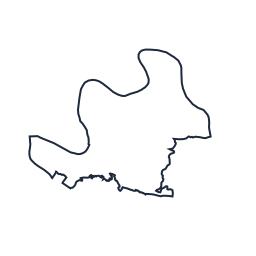 Ceatalchioi, Tulcea, Romania, rotated 35°
{"feature_id": "2599482B17078963684272", "entity_name": "Ceatalchioi", "entity_type": "district", "adm_level": 2, "iso_a3": "ROU", "parent_name": "Romania", "parent_adm1": "Tulcea", "projection": "mercator", "projection_center": [28.823, 45.276], "detail": "fine", "context": "isolated", "style": "outline", "palette": "slate", "viewbox_px": 256, "rotation_deg": 35, "n_neighbors": 0, "source": "geoboundaries", "source_scale": "gbopen_adm2", "svg_char_len": 5799}
<svg xmlns="http://www.w3.org/2000/svg" viewBox="0 0 256 256"><g transform="rotate(35 128 128)"><path d="M200.6,87.6L194.3,81.4L191.0,76.4L188.0,73.0L185.5,71.5L184.1,71.1L179.5,69.9L173.9,71.3L167.4,71.4L157.7,68.9L150.5,64.2L146.2,60.2L140.7,53.0L137.1,48.0L135.5,46.5L130.6,43.9L124.4,43.5L123.3,43.7L116.1,44.0L107.7,47.2L102.0,50.6L97.9,53.3L96.5,54.6L95.0,56.5L94.2,58.8L94.5,61.7L96.5,64.6L100.5,67.1L105.8,69.1L110.4,71.4L116.7,75.9L118.4,78.3L119.0,79.7L119.1,81.5L118.7,84.7L117.1,88.9L115.0,92.8L110.3,98.7L107.2,103.5L104.3,105.3L100.3,106.4L95.3,107.0L88.2,106.4L81.2,106.1L77.2,106.4L74.1,107.4L71.5,108.8L68.5,111.7L66.6,115.5L66.7,119.2L67.2,123.2L70.7,130.7L76.6,141.8L79.4,145.1L82.7,147.6L85.0,149.8L87.8,150.3L91.6,151.7L95.4,153.4L98.5,156.7L101.1,158.5L103.9,162.0L104.8,163.8L106.0,164.0L106.1,164.5L106.7,168.2L106.7,170.5L106.6,171.4L106.3,172.7L105.9,173.5L104.7,175.6L104.0,176.4L103.4,177.0L102.4,177.8L101.6,178.3L98.1,179.6L96.7,180.2L95.7,180.6L94.7,180.9L94.0,181.0L76.0,182.9L64.3,185.6L63.5,185.7L63.3,185.8L62.7,186.0L58.9,186.5L58.5,186.6L52.3,191.3L54.4,193.8L55.8,195.6L57.1,197.0L58.3,199.0L59.7,201.8L61.0,204.3L62.9,206.8L64.2,208.0L66.1,209.4L68.6,210.0L72.3,210.6L75.4,210.7L78.2,210.7L78.7,210.6L80.2,210.5L83.4,210.4L88.5,210.7L90.6,211.0L92.4,211.6L94.2,212.4L94.6,212.5L94.6,208.4L94.6,208.0L94.6,207.1L94.5,206.8L94.1,205.0L94.6,205.0L96.3,205.3L97.1,205.5L97.6,205.4L97.9,205.3L98.2,205.1L98.4,205.0L98.6,204.7L98.8,204.5L99.0,204.4L99.3,204.4L99.7,204.4L100.1,204.3L100.5,204.4L100.9,204.2L101.2,204.0L101.2,203.7L101.3,203.6L101.6,203.4L102.7,203.3L104.0,203.3L104.3,203.5L104.6,203.6L105.9,203.9L105.8,206.3L105.8,206.6L105.8,206.8L105.7,209.3L105.8,209.7L105.9,210.6L106.5,210.6L115.3,210.5L115.3,210.2L115.5,209.9L116.8,208.7L116.9,208.4L117.0,208.1L117.2,207.1L117.3,206.3L117.4,205.3L117.3,204.5L117.0,203.6L116.7,202.7L116.6,202.4L116.7,202.1L116.7,201.8L116.7,201.2L117.4,199.9L117.7,199.2L118.1,198.7L118.6,198.4L119.0,198.2L119.4,198.0L119.8,197.8L120.1,197.9L120.3,197.8L120.5,197.7L120.5,197.1L120.2,196.7L119.9,196.3L119.4,196.3L118.2,196.6L118.1,196.4L117.9,196.2L118.1,196.0L119.8,194.2L123.5,191.8L124.0,191.2L124.3,190.9L124.5,190.6L124.5,190.3L124.2,189.6L124.2,189.0L124.4,188.6L124.5,188.4L124.6,188.1L124.6,187.9L124.9,187.7L125.1,187.8L125.3,188.0L125.4,188.6L125.2,188.8L125.1,189.2L125.1,189.4L125.2,189.8L125.4,190.0L125.6,190.0L125.8,189.9L126.1,189.6L126.4,189.4L126.6,189.5L127.0,189.8L127.4,189.8L127.4,189.3L127.1,189.1L126.7,189.1L126.3,189.0L126.0,188.8L126.0,188.5L126.6,187.3L127.0,187.1L127.6,187.3L128.0,187.5L128.2,187.3L128.3,187.2L128.2,186.9L128.5,186.2L128.8,185.9L129.0,185.8L129.6,186.0L129.9,185.8L130.0,185.2L130.2,184.9L130.5,184.6L131.3,184.0L131.6,183.8L132.8,183.8L133.7,184.0L134.6,183.9L134.6,183.7L134.5,183.4L133.8,183.4L133.6,183.4L133.4,183.1L133.5,182.6L134.2,182.0L134.5,182.1L135.4,182.2L135.8,182.2L136.1,182.2L136.4,182.5L136.7,183.0L136.8,183.5L137.1,184.4L137.2,184.2L137.5,183.5L137.7,183.3L137.9,183.2L138.7,183.1L139.1,183.2L139.4,183.3L139.7,183.4L139.8,183.4L140.2,183.2L140.9,183.5L141.2,183.4L141.3,183.2L141.3,182.8L141.4,182.6L141.5,182.6L141.8,182.5L142.1,182.7L142.6,182.3L142.9,181.9L142.9,181.6L142.9,181.3L142.5,181.3L142.3,181.2L142.2,181.0L142.1,180.7L142.0,180.3L141.9,180.1L141.9,179.9L142.0,179.7L142.4,179.7L142.5,179.8L142.9,180.3L143.1,180.4L143.3,180.3L143.6,180.0L143.8,179.7L143.8,179.4L143.0,179.2L142.9,179.0L143.0,178.9L143.2,178.7L143.4,178.6L143.7,178.5L143.6,178.4L143.0,177.5L142.7,177.1L142.4,176.8L142.2,176.8L141.7,176.9L141.4,176.6L141.0,176.6L140.0,176.1L139.4,175.8L139.6,175.5L139.8,175.6L140.8,175.0L141.3,174.8L141.6,175.1L141.8,175.2L142.0,175.0L142.0,174.9L142.1,174.6L143.1,174.5L143.5,174.4L143.8,174.2L144.3,174.3L144.5,174.4L144.5,174.8L144.4,175.2L144.5,175.4L144.5,175.7L144.9,175.9L145.4,176.1L146.1,176.5L146.6,177.2L146.8,177.5L147.1,177.8L147.5,177.9L148.0,177.8L148.2,178.0L148.3,178.0L148.6,178.0L148.9,177.8L149.2,177.7L149.7,178.0L150.0,178.1L150.6,178.4L151.3,178.8L152.1,179.2L153.9,180.0L154.3,180.2L154.6,180.6L154.8,181.0L154.5,181.4L154.4,181.7L154.4,182.1L154.3,182.5L154.5,182.7L155.1,183.2L155.2,183.3L155.5,183.6L156.8,184.0L157.3,184.0L157.6,183.9L157.8,183.8L157.8,183.5L157.9,183.1L158.0,182.0L157.9,181.4L157.6,181.0L157.7,180.2L157.6,179.8L157.6,179.6L157.7,179.4L158.5,179.4L159.7,178.9L162.1,177.9L163.5,177.6L164.8,177.2L165.4,177.1L166.0,177.0L166.3,176.7L166.9,176.5L167.5,176.5L168.6,176.1L169.6,175.6L169.9,174.2L170.3,174.2L170.5,174.2L170.8,174.5L170.9,174.4L170.9,174.1L171.2,173.8L171.5,173.7L172.1,173.7L172.5,173.5L172.8,173.7L173.2,173.8L173.3,173.7L173.5,173.8L174.1,173.7L174.4,173.9L174.7,173.9L174.8,173.8L175.1,173.3L175.3,173.2L175.6,173.2L175.8,173.2L176.5,172.8L177.4,172.9L177.6,172.8L177.8,172.5L180.5,172.4L180.4,171.7L184.2,169.4L185.5,168.6L186.9,167.9L193.9,165.2L195.1,163.8L196.4,162.8L200.6,160.1L203.7,158.6L202.1,155.6L200.0,153.4L197.8,153.8L196.3,155.3L195.4,155.6L193.8,153.4L193.0,153.5L192.5,154.0L192.0,155.8L190.7,158.0L190.5,159.0L191.4,162.1L189.7,163.0L187.0,163.3L187.2,162.1L188.4,160.5L189.0,157.8L188.6,156.6L186.7,153.6L187.0,151.8L186.6,150.1L186.3,149.5L185.4,149.3L184.4,148.4L184.1,147.2L182.5,146.7L181.8,146.2L180.7,143.8L180.8,142.1L181.8,140.8L182.2,139.7L181.9,136.0L182.8,134.1L182.5,133.0L179.9,129.7L179.2,129.0L178.0,128.3L177.5,126.7L177.6,125.3L178.0,124.3L179.6,122.4L179.6,121.2L178.7,120.6L176.8,121.1L174.2,121.5L176.2,119.5L176.5,118.5L176.6,116.3L176.3,113.8L175.7,112.8L174.7,112.7L173.1,111.0L171.8,110.6L176.8,107.6L180.0,105.1L181.7,103.0L182.5,100.2L183.1,99.9L184.6,99.7L185.5,98.5L186.6,98.5L188.3,96.4L190.5,95.2L192.2,94.3L195.4,92.9L196.8,92.2L197.5,91.6L199.0,89.5L200.6,87.6Z" fill="none" stroke="#1e293b" stroke-width="2"/></g></svg>